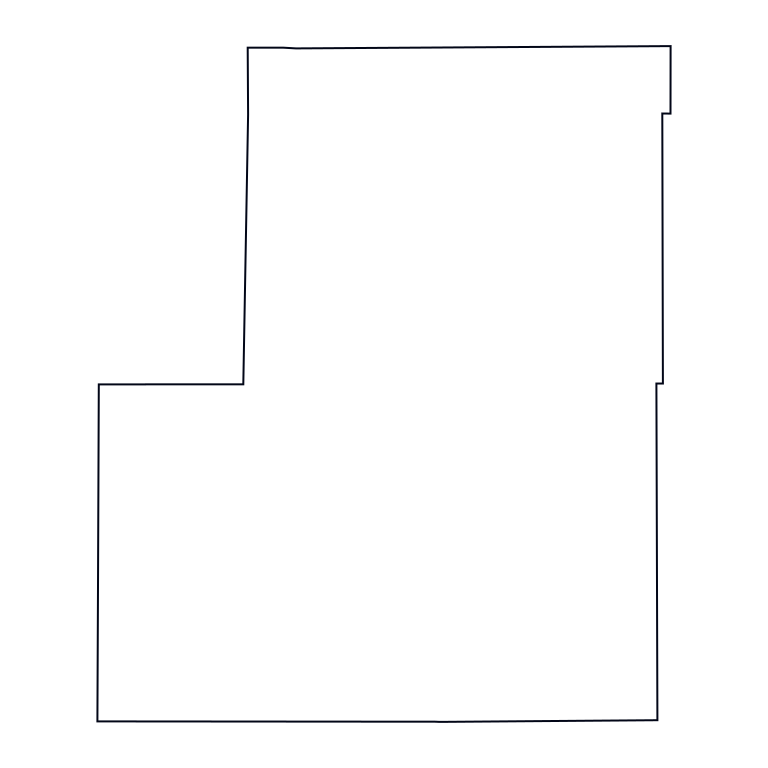 Washington, Colorado, United States of America (Natural Earth projection)
{"feature_id": "52423323B54769697673955", "entity_name": "Washington", "entity_type": "district", "adm_level": 2, "iso_a3": "USA", "parent_name": "United States of America", "parent_adm1": "Colorado", "projection": "natural_earth1", "projection_center": [-103.241, 40.002], "detail": "fine", "context": "isolated", "style": "outline", "palette": "ink", "viewbox_px": 768, "rotation_deg": 0, "n_neighbors": 0, "source": "geoboundaries", "source_scale": "gbopen_adm2", "svg_char_len": 323}
<svg xmlns="http://www.w3.org/2000/svg" viewBox="0 0 768 768"><path d="M98.0,586.9L97.4,721.4L435.3,721.7L439.8,721.9L657.4,720.2L656.4,383.5L662.9,383.5L662.3,113.5L670.5,113.6L670.6,46.1L296.0,48.4L283.7,47.7L247.7,47.7L248.1,114.6L243.3,384.3L98.8,384.4L98.0,586.9Z" fill="none" stroke="#020617" stroke-width="2"/></svg>